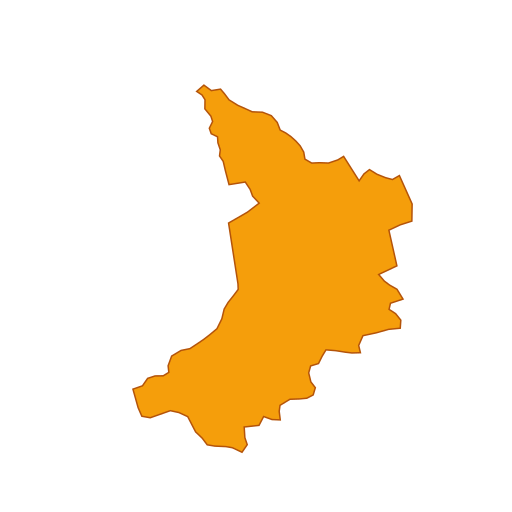 Coqueiro Baixo, Rio Grande do Sul, Brazil (Robinson projection), rotated 249°
{"feature_id": "56859067B73251776772186", "entity_name": "Coqueiro Baixo", "entity_type": "district", "adm_level": 2, "iso_a3": "BRA", "parent_name": "Brazil", "parent_adm1": "Rio Grande do Sul", "projection": "robinson", "projection_center": [-52.121, -29.161], "detail": "fine", "context": "isolated", "style": "filled", "palette": "amber", "viewbox_px": 512, "rotation_deg": 249, "n_neighbors": 0, "source": "geoboundaries", "source_scale": "gbopen_adm2", "svg_char_len": 1692}
<svg xmlns="http://www.w3.org/2000/svg" viewBox="0 0 512 512"><g transform="rotate(249 256 256)"><path d="M175.8,93.4L156.7,91.6L147.3,92.0L142.9,99.3L142.3,120.6L137.5,127.9L130.5,134.7L113.4,136.6L105.2,140.5L97.2,142.8L93.3,149.4L88.8,159.7L85.5,165.2L77.8,172.6L83.0,180.2L90.4,180.5L100.6,183.7L96.8,198.1L103.4,205.6L97.6,212.3L94.3,219.9L102.7,222.0L108.0,224.9L110.1,236.3L107.0,245.3L105.0,252.5L105.8,259.6L111.8,264.2L118.8,262.1L128.0,263.3L133.8,267.6L133.2,275.8L138.7,281.8L143.3,287.7L139.0,296.6L134.1,305.1L131.1,310.8L128.3,318.8L135.7,319.8L143.3,327.3L141.2,340.6L140.0,353.5L136.9,364.8L144.2,368.2L152.1,365.7L158.5,361.1L163.7,364.6L163.1,377.8L174.4,375.7L181.0,370.3L186.6,366.8L194.8,363.9L196.3,384.0L232.5,389.3L233.4,401.8L232.7,414.0L248.6,420.4L279.7,418.7L278.5,410.8L282.7,405.0L289.0,398.2L296.0,392.9L294.0,386.3L289.2,379.2L317.6,373.5L316.4,366.8L316.8,357.0L320.3,348.8L322.8,341.3L328.9,336.4L335.9,337.8L343.0,336.7L349.0,334.4L354.9,331.4L360.0,328.0L364.9,323.7L373.1,323.7L381.5,320.6L387.9,313.6L392.0,304.1L396.5,299.7L403.2,293.0L411.4,286.8L418.8,284.7L424.5,282.7L426.4,273.6L434.2,268.6L430.9,259.6L425.7,263.3L420.2,264.4L411.7,261.0L402.7,264.0L397.1,263.7L392.0,258.2L386.2,258.0L381.1,262.8L375.3,261.0L367.9,260.7L362.5,257.8L356.1,259.3L346.7,258.0L332.3,256.4L328.9,272.5L320.3,274.4L313.1,274.3L304.2,277.9L300.0,263.7L296.6,242.2L236.5,229.2L231.2,227.4L227.0,220.7L222.7,213.4L217.9,207.3L209.6,201.6L202.1,193.5L199.0,184.4L196.8,177.0L194.7,167.9L193.2,161.1L194.7,152.2L192.8,141.4L185.0,134.6L178.6,132.9L177.4,126.4L180.2,118.8L180.6,111.0L175.5,103.5L175.8,93.4Z" fill="#f59e0b" stroke="#b45309" stroke-width="1.5"/></g></svg>